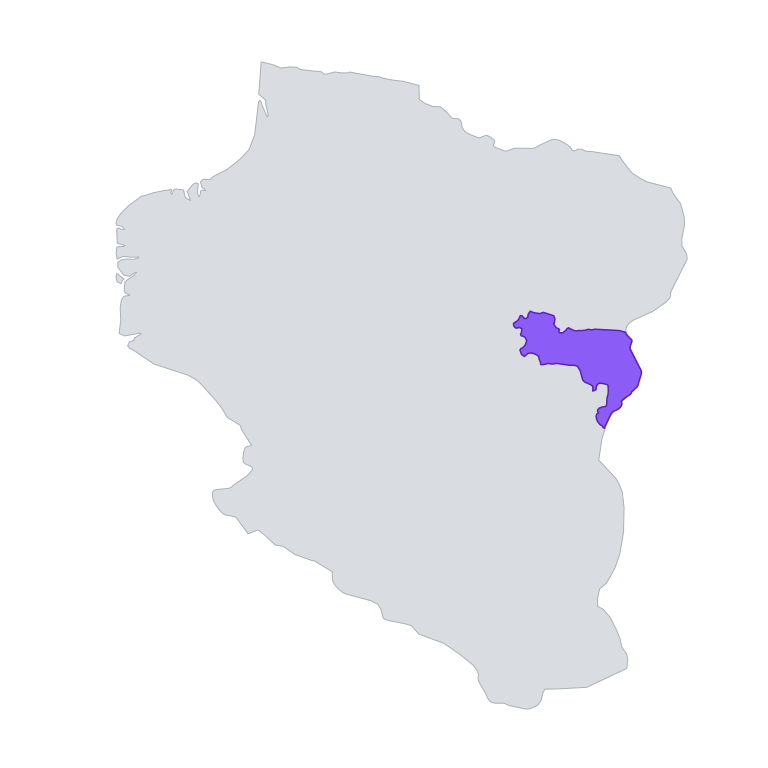 location of Katsina within Nigeria, rotated 97°
{"feature_id": "NGA-2870", "entity_name": "Katsina", "entity_type": "State", "adm_level": 1, "iso_a3": "NGA", "parent_name": "Nigeria", "parent_adm1": "", "projection": "natural_earth1", "projection_center": [7.789, 12.229], "detail": "fine", "context": "in_parent", "style": "filled", "palette": "violet", "viewbox_px": 768, "rotation_deg": 97, "n_neighbors": 0, "source": "natural_earth", "source_scale": "10m", "svg_char_len": 5777}
<svg xmlns="http://www.w3.org/2000/svg" viewBox="0 0 768 768"><g transform="rotate(97 384 384)"><path d="M636.7,108.4L660.3,145.7L665.3,173.4L667.3,187.1L671.2,188.7L678.5,189.4L683.8,192.2L687.0,196.7L689.0,201.0L689.4,203.5L688.0,220.1L686.2,226.1L687.3,234.3L687.0,237.8L686.2,240.2L682.9,243.0L678.5,245.6L668.0,253.6L665.0,254.7L660.6,254.9L656.7,256.9L652.2,261.2L642.4,277.1L634.1,293.1L628.0,318.9L620.7,326.9L619.4,334.1L618.3,350.2L617.2,355.1L616.0,356.5L608.0,359.6L603.4,363.3L600.7,370.6L597.2,395.4L596.0,399.5L593.4,403.8L589.3,408.4L585.8,411.0L576.6,412.7L568.0,431.4L567.9,434.6L564.1,451.6L557.4,464.4L557.0,472.6L548.6,483.8L544.2,491.5L548.7,499.5L549.1,500.8L534.7,514.3L533.8,516.3L533.3,525.7L532.1,528.2L529.5,531.6L525.6,535.4L521.6,538.4L517.2,540.4L512.8,541.1L510.4,540.0L509.1,537.1L506.6,525.7L505.4,523.2L502.6,521.0L491.5,508.4L484.7,503.9L483.3,504.3L482.2,505.5L480.3,511.8L478.4,514.2L474.8,515.0L468.7,515.0L464.2,514.1L463.2,512.9L461.0,507.9L447.2,519.4L442.4,522.0L436.2,535.5L427.5,542.3L421.5,548.2L405.5,566.7L402.2,572.1L399.0,580.2L392.2,614.9L381.1,636.6L379.6,641.3L379.0,641.1L377.5,643.1L373.2,641.8L371.3,637.8L368.6,637.1L364.0,631.2L363.1,632.2L367.9,647.2L366.1,653.0L352.5,653.1L340.8,655.1L332.8,654.9L328.7,652.8L327.0,647.2L326.3,647.8L325.9,650.8L323.3,653.2L314.3,653.6L310.3,649.8L307.1,645.5L303.6,643.6L304.2,645.4L308.1,649.6L307.6,655.6L300.4,662.5L295.7,662.9L292.9,659.9L291.4,655.0L290.7,647.8L288.8,643.1L287.8,643.1L289.0,650.9L289.1,658.3L292.5,664.0L287.2,665.7L280.8,665.9L280.0,663.8L279.2,659.1L278.1,657.9L276.8,665.9L263.7,668.1L261.9,667.8L261.5,666.3L262.5,664.1L262.2,660.5L259.3,663.2L258.9,668.8L257.2,669.7L252.3,668.9L246.8,666.0L238.0,659.1L227.2,647.7L225.4,642.6L222.3,636.3L216.7,619.0L217.7,618.2L220.2,619.2L221.4,617.5L216.9,616.4L216.0,615.1L215.7,611.3L215.9,606.6L222.7,604.2L224.3,601.3L225.3,598.5L216.8,602.8L209.0,597.9L207.3,594.9L208.1,592.7L217.3,592.5L220.5,590.3L218.5,589.5L215.0,589.6L213.7,588.1L213.8,584.6L212.7,585.4L211.2,588.5L205.9,590.8L202.8,588.5L202.5,583.4L201.8,581.1L199.2,579.2L189.9,565.6L178.3,554.3L167.9,546.5L152.2,542.7L119.4,542.9L117.6,541.8L119.6,540.0L122.5,538.8L133.1,532.5L131.3,531.6L120.3,535.6L116.6,536.0L111.7,543.6L79.4,545.2L79.5,541.7L80.9,531.7L83.0,524.8L80.8,516.4L80.3,508.9L81.6,506.5L82.1,503.6L81.8,484.2L83.6,481.3L83.6,479.3L80.3,471.0L80.4,464.7L79.7,458.5L78.6,455.7L80.0,431.9L79.6,426.0L80.7,421.9L81.3,411.6L81.2,401.6L83.4,385.7L97.2,383.6L100.6,377.4L102.6,369.6L102.0,361.8L106.5,355.0L111.9,348.9L111.7,342.3L113.2,340.2L115.8,338.7L119.5,337.9L123.6,334.6L126.0,328.8L128.2,319.6L124.7,313.1L124.8,311.7L126.1,308.2L128.3,304.7L130.0,303.6L134.0,304.5L135.3,303.1L138.0,292.9L137.7,290.2L134.0,283.3L132.0,264.8L131.0,262.4L128.1,259.0L120.4,246.0L120.6,239.8L123.9,231.9L126.0,228.1L128.9,225.9L129.5,224.1L128.7,221.9L127.2,220.2L126.9,216.7L128.4,211.7L128.0,206.3L128.8,178.4L135.1,172.9L144.2,163.8L148.9,154.3L151.4,147.0L154.6,123.1L159.4,120.5L168.6,111.8L181.0,106.6L189.1,105.1L203.2,106.1L210.4,105.2L216.5,100.5L219.3,99.1L223.2,98.3L258.4,110.8L261.6,110.2L264.3,111.1L268.7,114.4L279.1,126.0L290.0,143.9L293.4,147.8L296.8,149.9L300.2,150.6L302.9,150.3L305.4,148.6L308.8,145.2L314.0,143.7L318.2,144.0L340.2,130.2L342.3,130.0L355.8,133.0L374.2,146.8L389.3,155.8L399.8,158.9L412.3,161.0L433.4,161.6L449.4,142.3L455.3,138.1L462.4,134.3L477.2,130.7L501.8,128.2L524.9,129.3L539.3,132.6L554.5,138.9L561.0,145.0L571.3,146.0L578.6,144.8L581.0,138.8L588.3,130.9L599.3,123.6L608.3,118.5L615.7,116.2L622.3,110.4L627.5,108.5L636.7,108.4ZM315.1,661.3L310.2,663.1L306.9,662.7L311.4,654.8L313.6,656.5L316.5,657.2L315.1,661.3Z" fill="#d9dde1" stroke="#a8b0b8" stroke-width="1"/><path d="M342.0,129.8L354.9,131.9L356.3,132.5L356.9,133.0L358.1,134.3L359.5,135.3L361.2,136.9L362.0,137.3L363.5,137.7L363.6,137.8L364.2,138.1L364.9,138.8L366.2,140.5L371.3,145.9L371.6,146.1L372.2,146.4L372.3,146.4L372.6,146.2L373.1,145.9L373.7,145.7L375.0,145.5L375.6,145.5L377.0,145.8L378.2,146.5L380.4,148.4L381.4,149.7L382.9,152.5L383.8,153.7L385.6,154.9L399.1,159.5L400.9,159.7L400.8,160.2L400.6,161.2L399.7,161.6L399.0,162.3L398.6,163.1L398.2,164.2L397.6,165.2L395.4,167.3L392.9,168.8L390.2,169.5L388.1,169.3L387.4,168.6L386.8,167.6L385.2,168.7L384.0,168.8L382.7,168.2L381.6,167.3L380.2,164.6L379.3,161.6L378.3,160.5L370.4,160.9L367.1,160.4L363.4,160.5L358.0,161.5L357.3,163.0L356.8,167.0L357.0,170.8L359.6,172.8L363.7,172.9L364.8,174.2L365.4,176.0L362.9,176.1L360.5,176.8L359.3,179.4L357.6,185.1L355.8,187.2L346.8,191.0L342.9,194.1L342.3,196.8L342.8,202.6L342.5,215.1L343.6,218.9L343.8,220.8L343.7,221.9L343.5,223.0L343.6,223.9L344.1,224.7L345.4,228.4L345.6,230.8L343.3,231.4L340.4,233.1L338.0,233.7L336.5,235.9L335.6,238.8L335.3,241.7L336.0,244.7L339.6,248.1L337.8,251.2L333.7,253.2L332.2,252.5L331.2,250.9L329.4,249.4L327.5,248.4L323.7,247.6L320.5,249.7L319.7,251.6L319.4,253.8L318.0,254.6L316.2,253.9L312.3,253.8L311.4,257.0L312.3,258.6L312.3,260.3L311.1,261.8L309.4,262.8L307.7,262.6L305.1,259.4L303.3,258.2L299.5,257.0L299.5,255.4L300.9,253.6L301.7,252.9L301.9,251.8L301.2,250.4L300.1,249.5L297.4,249.4L296.2,249.0L293.9,247.7L294.7,245.1L295.1,242.3L295.0,240.2L295.3,238.2L293.5,234.6L295.5,223.9L298.5,222.3L302.2,222.3L302.6,222.4L303.0,223.0L303.3,223.1L304.1,222.6L306.3,220.7L307.5,219.3L307.8,217.4L308.7,216.4L310.3,216.9L311.8,216.2L311.3,212.7L308.5,210.0L306.7,209.1L305.7,207.7L306.5,205.8L307.6,202.3L308.0,200.8L307.7,199.0L307.2,197.3L306.9,194.2L306.2,191.2L304.8,188.0L305.0,184.5L303.9,181.4L302.3,156.9L303.2,150.6L303.5,150.6L304.6,150.0L307.0,147.5L310.1,143.4L311.2,143.1L316.5,144.2L318.4,144.2L320.0,143.6L338.5,130.9L340.3,130.0L342.0,129.8Z" fill="#8b5cf6" stroke="#5b21b6" stroke-width="1.5"/></g></svg>